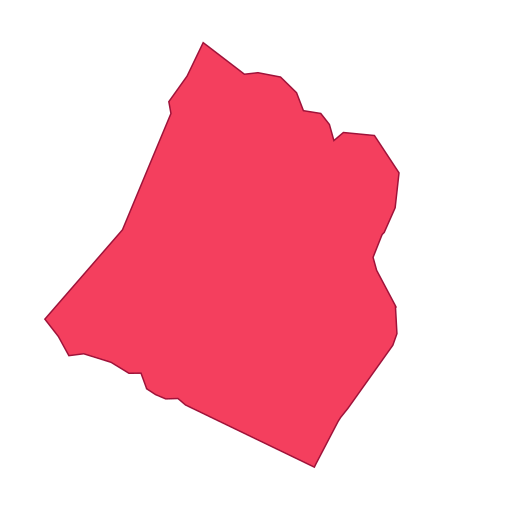 Duplin, North Carolina, United States of America (Robinson projection), rotated 26°
{"feature_id": "52423323B66062574427882", "entity_name": "Duplin", "entity_type": "district", "adm_level": 2, "iso_a3": "USA", "parent_name": "United States of America", "parent_adm1": "North Carolina", "projection": "robinson", "projection_center": [-77.918, 34.952], "detail": "fine", "context": "isolated", "style": "filled", "palette": "rose", "viewbox_px": 512, "rotation_deg": 26, "n_neighbors": 0, "source": "geoboundaries", "source_scale": "gbopen_adm2", "svg_char_len": 833}
<svg xmlns="http://www.w3.org/2000/svg" viewBox="0 0 512 512"><g transform="rotate(26 256 256)"><path d="M370.7,216.0L361.8,205.9L360.0,182.5L360.0,181.2L360.9,178.6L360.0,153.9L359.9,151.6L348.1,118.6L309.6,95.8L280.4,106.7L275.4,118.1L264.3,105.6L251.7,99.5L234.9,104.6L220.9,91.5L199.6,84.4L177.4,90.4L174.6,92.2L165.9,97.7L115.0,87.4L115.2,124.5L110.0,155.5L117.1,165.2L119.6,208.1L119.8,211.7L124.5,291.0L93.9,405.3L113.7,415.0L131.5,427.6L144.0,419.4L172.3,415.1L193.2,417.1L204.0,411.7L215.4,422.7L215.5,422.9L215.6,423.0L215.9,423.0L216.1,423.1L216.1,423.3L226.5,424.6L237.5,424.0L248.3,418.3L258.0,420.8L399.2,420.2L400.7,420.2L401.0,420.2L401.0,416.4L402.3,368.7L402.8,364.1L405.4,352.6L418.1,276.2L416.7,264.0L403.6,240.5L404.0,240.3L403.1,239.6L370.7,216.0Z" fill="#f43f5e" stroke="#9f1239" stroke-width="1.5"/></g></svg>